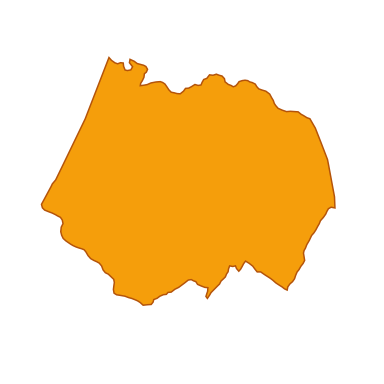 outline of Itagibá, Bahia, Brazil, rotated 195°
{"feature_id": "56859067B58161696770023", "entity_name": "Itagibá", "entity_type": "district", "adm_level": 2, "iso_a3": "BRA", "parent_name": "Brazil", "parent_adm1": "Bahia", "projection": "albers", "projection_center": [-39.84, -14.244], "detail": "fine", "context": "isolated", "style": "filled", "palette": "amber", "viewbox_px": 384, "rotation_deg": 195, "n_neighbors": 0, "source": "geoboundaries", "source_scale": "gbopen_adm2", "svg_char_len": 2909}
<svg xmlns="http://www.w3.org/2000/svg" viewBox="0 0 384 384"><g transform="rotate(195 192 192)"><path d="M108.4,131.7L105.0,132.6L101.7,131.4L99.4,130.6L97.1,129.9L94.3,129.0L91.3,127.8L87.5,125.9L83.9,124.7L80.3,123.6L77.6,122.4L74.7,121.9L74.9,125.2L73.6,128.6L71.7,131.4L70.5,134.7L70.3,138.4L69.8,141.9L68.6,144.6L67.6,148.4L66.2,151.7L65.5,155.1L67.2,158.9L68.5,161.8L68.6,164.5L67.9,167.0L67.5,170.8L66.2,175.5L65.2,181.0L63.7,184.0L62.6,187.3L61.7,191.3L60.9,194.2L60.5,197.5L58.5,201.5L57.1,205.3L56.7,208.1L55.9,211.2L53.7,213.3L49.8,213.6L53.1,224.2L67.3,253.9L69.5,258.4L80.1,273.0L89.4,285.6L92.2,288.4L97.1,293.3L100.2,293.5L104.1,294.7L106.7,295.3L110.2,296.9L114.3,296.1L117.9,295.4L121.5,294.1L125.9,294.4L130.5,295.1L133.6,297.2L135.4,298.8L137.2,301.5L139.4,303.6L142.3,306.7L146.8,308.5L150.7,308.6L154.2,308.9L156.8,310.6L158.8,312.6L162.1,313.3L164.7,313.3L167.0,314.0L169.7,313.7L172.3,312.6L175.1,310.8L176.0,308.3L177.3,305.8L179.4,304.3L181.7,305.0L184.8,305.3L188.6,307.0L190.0,309.9L193.0,311.8L196.0,311.8L199.0,312.1L201.9,310.2L205.4,309.7L207.1,305.6L209.8,303.7L210.6,300.6L211.0,297.7L213.7,296.5L217.0,296.6L219.7,293.7L222.2,291.4L225.1,290.4L226.3,287.2L228.8,283.8L231.9,283.2L235.0,283.2L237.9,283.0L240.8,284.7L243.6,287.2L246.1,289.3L248.7,290.2L251.2,290.4L255.4,288.9L259.9,286.7L263.0,284.2L265.9,282.8L269.5,281.3L269.7,283.8L268.8,286.6L268.1,290.3L268.6,293.9L267.1,296.0L266.7,299.0L269.0,301.3L271.5,301.9L275.1,301.9L278.2,301.9L281.6,303.3L286.2,304.1L285.9,300.7L281.8,297.6L282.7,294.1L285.8,292.6L288.2,292.5L290.6,295.7L291.8,298.8L294.5,298.4L297.0,296.6L299.8,296.8L303.8,298.3L307.0,300.4L314.1,234.9L323.0,188.1L326.8,168.4L329.0,163.7L329.5,160.9L334.2,141.1L332.4,138.0L329.7,136.4L325.8,135.9L321.7,135.5L318.1,134.8L315.6,134.1L312.6,133.5L310.1,131.4L308.4,128.1L309.2,124.2L308.5,119.7L306.7,116.5L304.4,113.8L301.3,112.2L298.0,111.0L295.4,110.1L292.8,109.4L289.7,108.9L287.0,108.7L283.7,108.6L281.2,108.3L278.9,106.6L275.9,103.6L272.6,101.4L269.1,100.5L266.0,100.0L263.2,99.3L260.2,97.2L257.7,93.7L254.8,91.6L251.6,91.0L248.3,89.2L245.0,87.4L243.6,84.5L243.2,81.2L242.7,77.5L241.1,74.1L238.2,73.2L234.4,73.6L229.8,74.0L225.8,73.6L222.7,73.6L219.2,73.2L216.5,72.8L213.6,71.9L209.9,70.0L205.8,71.6L202.3,72.8L201.1,75.5L201.1,78.2L198.2,80.3L196.1,83.0L193.1,85.4L190.3,86.5L189.2,88.8L186.2,89.9L183.3,93.7L180.2,96.4L177.9,99.3L175.6,102.2L172.8,106.0L170.0,107.2L167.6,106.6L165.1,106.4L162.7,104.2L158.7,103.6L154.9,103.2L151.9,103.7L151.2,100.1L151.4,97.4L151.5,94.7L149.6,93.2L148.3,97.0L147.6,99.7L145.8,102.9L144.6,105.0L143.2,107.5L141.6,110.2L140.9,113.5L139.2,116.2L137.8,118.6L137.4,121.8L136.5,124.3L136.8,127.3L136.5,130.4L133.3,130.6L130.9,131.9L129.2,129.6L126.3,127.6L125.1,129.9L124.3,132.9L123.6,136.1L122.4,139.1L118.3,137.9L114.1,136.1L111.0,133.6L108.4,131.7Z" fill="#f59e0b" stroke="#b45309" stroke-width="1.5"/></g></svg>